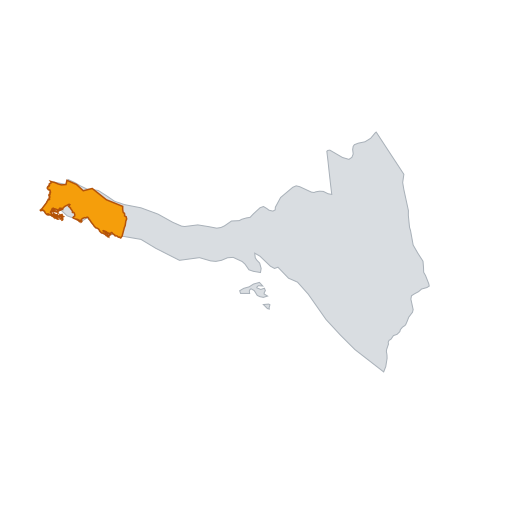 Debub Deb.Keih Bahri, Debubawi Keyih Bahri, Eritrea shown in context, rotated 152°
{"feature_id": "51966322B86476524232792", "entity_name": "Debub Deb.Keih Bahri", "entity_type": "district", "adm_level": 2, "iso_a3": "ERI", "parent_name": "Eritrea", "parent_adm1": "Debubawi Keyih Bahri", "projection": "robinson", "projection_center": [42.638, 13.079], "detail": "fine", "context": "in_parent", "style": "filled", "palette": "amber", "viewbox_px": 512, "rotation_deg": 152, "n_neighbors": 0, "source": "geoboundaries", "source_scale": "gbopen_adm2", "svg_char_len": 8421}
<svg xmlns="http://www.w3.org/2000/svg" viewBox="0 0 512 512"><g transform="rotate(152 256 256)"><path d="M91.7,309.0L90.2,292.5L89.2,281.5L88.1,269.8L87.1,258.7L92.0,252.0L94.2,245.5L100.1,224.6L102.4,220.4L107.0,209.2L107.6,206.0L112.1,191.9L111.8,182.5L111.0,173.0L113.4,167.4L115.6,162.9L115.5,159.1L116.5,150.3L117.2,148.1L119.9,147.9L125.3,149.1L129.2,148.2L133.8,148.2L137.4,147.9L139.5,145.2L142.4,134.9L144.3,132.8L145.7,132.2L149.8,130.3L153.3,127.3L156.1,125.1L157.2,124.7L160.1,124.4L163.1,123.2L164.5,121.7L168.3,120.6L172.0,121.2L174.5,119.9L176.1,119.1L178.0,119.1L179.7,117.9L180.4,116.0L181.6,114.9L184.5,112.2L185.8,110.3L186.4,108.3L187.0,106.7L188.3,104.1L193.3,97.5L197.7,93.7L212.6,126.9L218.6,146.5L224.0,167.0L227.8,197.8L231.6,213.4L237.7,221.1L241.9,235.8L245.5,236.3L248.1,240.3L252.6,254.0L255.8,259.1L257.5,254.8L257.3,252.2L256.1,248.0L257.3,242.6L259.8,239.3L265.5,243.7L268.7,247.1L269.5,253.9L270.8,257.6L276.8,265.5L281.9,267.8L288.5,268.4L294.0,270.1L298.4,273.0L306.7,281.1L325.6,288.1L340.8,309.7L349.8,324.7L379.3,347.4L384.4,358.3L387.0,369.0L393.3,368.5L403.9,380.1L407.0,389.0L415.7,392.2L417.2,387.0L421.4,391.3L423.2,397.9L417.6,400.6L411.4,402.9L410.5,402.9L408.5,405.9L405.6,414.3L402.4,416.8L400.7,417.0L391.1,409.1L389.6,408.7L387.5,410.2L386.0,411.8L381.5,405.9L378.3,400.6L373.7,394.3L369.3,391.5L364.5,387.9L359.9,379.7L355.1,370.6L348.1,363.2L334.9,352.5L322.8,338.9L313.6,324.7L307.7,317.3L305.1,315.5L292.8,310.8L284.2,304.3L277.6,299.0L273.5,297.6L269.6,297.4L261.2,298.4L254.2,295.1L251.3,295.1L246.6,294.1L243.0,292.9L238.6,294.4L229.8,296.7L226.2,296.2L224.2,292.9L223.0,290.3L220.0,287.7L217.4,287.7L216.0,290.0L206.8,296.1L191.3,299.4L187.6,299.1L184.9,296.7L177.1,286.4L174.9,284.8L173.1,284.6L169.5,283.4L166.2,281.4L163.2,277.2L160.2,274.8L157.0,283.1L151.3,297.5L148.2,305.2L144.3,315.2L143.1,315.5L141.1,314.8L133.4,302.4L128.6,297.7L125.0,298.1L122.3,300.4L120.7,304.6L118.8,307.1L116.9,308.1L112.7,307.6L106.2,305.7L99.5,306.1L92.6,308.9L91.7,309.0ZM273.8,226.3L275.8,229.4L277.3,229.1L278.4,228.1L279.2,225.9L287.2,230.2L286.7,233.0L282.0,233.2L276.5,232.0L271.4,232.4L265.4,231.1L264.1,226.3L267.9,228.7L269.9,228.1L270.2,227.5L267.5,224.2L263.7,223.6L264.0,221.0L265.7,220.0L266.7,218.7L264.6,215.2L268.9,216.0L271.6,218.2L273.4,220.6L273.8,226.3ZM270.6,204.2L272.3,209.7L267.4,207.6L266.6,206.4L268.7,204.2L269.2,202.9L270.6,204.2Z" fill="#d9dde1" stroke="#a8b0b8" stroke-width="1"/><path d="M399.6,375.8L399.3,375.0L398.1,373.5L397.7,373.0L397.4,372.9L397.2,372.5L396.5,372.2L396.2,371.9L395.4,370.6L395.2,369.7L394.8,370.1L394.5,370.0L394.3,369.6L394.5,368.7L394.6,368.0L393.6,368.2L393.5,368.6L393.6,368.8L393.1,369.4L393.1,370.0L391.9,370.6L389.4,370.4L388.5,369.7L386.9,369.6L386.3,369.1L386.1,368.4L386.2,367.1L385.8,365.9L385.6,362.9L385.0,359.9L384.9,358.3L384.2,356.0L383.4,355.4L382.4,353.8L382.2,352.6L382.4,351.5L382.2,351.3L382.1,350.4L381.6,348.9L380.7,348.2L379.5,346.5L378.8,345.3L378.8,344.6L377.6,344.0L377.0,343.8L376.9,343.3L377.0,343.0L376.6,342.9L376.6,342.5L376.3,342.9L375.1,343.3L375.3,343.8L375.4,343.6L375.9,343.6L376.4,343.3L376.5,343.6L376.1,343.9L376.4,343.8L376.6,343.4L377.2,344.0L378.5,344.6L378.8,345.8L378.1,346.8L377.0,346.2L377.4,347.2L379.0,348.7L378.8,349.5L379.2,349.8L379.1,350.1L378.6,349.9L378.1,349.2L378.1,348.9L377.7,348.8L376.7,347.6L376.9,347.2L376.6,347.0L376.1,346.0L375.8,346.0L375.7,345.5L375.1,344.9L375.1,344.6L374.5,344.3L374.3,343.8L373.3,344.2L373.0,344.7L372.7,344.7L372.3,344.4L372.1,344.1L372.1,343.0L371.8,342.8L371.6,342.1L371.1,341.4L371.1,340.9L370.8,340.5L371.0,340.3L371.0,340.0L370.2,339.4L369.6,339.3L369.2,338.7L368.6,336.8L368.6,337.1L367.6,336.8L367.2,335.5L367.3,335.0L367.0,335.4L364.8,336.5L359.0,342.8L357.2,344.3L354.5,348.0L352.8,349.4L352.2,351.6L353.2,353.1L352.4,354.5L352.1,355.4L352.2,355.8L352.7,356.3L352.7,357.3L351.9,359.6L350.4,362.4L361.7,375.9L368.9,392.5L377.9,394.7L380.9,403.4L387.4,411.6L390.2,408.3L394.4,410.1L396.9,412.5L399.3,415.5L400.7,416.6L402.3,418.3L402.2,417.5L403.1,416.5L403.8,416.8L404.8,416.6L404.9,415.8L405.2,415.8L405.3,415.4L405.6,415.4L405.4,415.1L405.5,415.0L406.9,414.7L407.4,414.9L408.1,414.4L408.1,414.0L408.5,413.7L408.2,412.0L407.7,411.4L407.4,411.5L407.1,411.2L407.0,410.7L407.3,409.4L407.6,409.3L407.6,409.0L407.9,409.0L407.8,408.6L408.2,408.5L408.6,407.4L409.3,407.6L409.6,407.0L410.3,407.1L410.4,406.7L410.0,406.2L410.4,405.9L410.2,405.5L410.6,405.3L410.6,404.6L411.4,404.4L411.5,403.1L412.3,402.9L412.7,403.6L413.0,403.6L413.7,402.8L415.1,402.2L415.5,401.6L423.0,398.1L424.0,398.0L424.2,397.7L423.5,397.8L423.1,397.1L423.3,396.9L423.1,396.9L423.0,396.5L422.6,396.6L422.2,396.1L421.8,394.4L421.8,392.6L421.1,390.6L420.8,390.3L420.8,390.9L420.2,391.0L419.5,390.6L419.4,389.9L418.8,389.5L418.7,389.0L417.5,387.9L417.5,387.6L417.4,387.4L417.5,387.2L416.3,385.8L416.5,385.4L416.1,385.0L416.0,384.9L416.1,385.2L415.6,385.1L415.6,386.2L416.5,386.9L417.2,387.0L417.4,387.4L417.2,387.6L417.5,387.7L416.8,387.4L416.4,387.7L416.9,389.2L416.3,390.0L417.0,390.9L416.5,391.6L415.9,391.7L415.1,392.4L414.4,392.2L414.0,392.6L414.2,393.1L413.5,393.6L412.5,393.3L412.6,392.9L412.9,392.7L413.6,392.7L413.6,392.1L412.6,391.8L412.6,392.2L411.8,392.4L410.8,391.5L410.0,390.4L409.6,390.3L409.5,390.5L409.5,389.0L409.4,388.9L409.3,389.2L408.6,389.1L408.2,389.6L407.5,389.6L407.6,389.8L407.3,390.2L406.7,390.3L406.0,389.8L405.3,388.7L404.9,389.1L404.3,388.5L403.8,388.9L401.9,389.5L400.1,389.6L398.9,389.4L397.5,389.6L397.1,389.3L396.6,389.3L396.2,388.7L398.2,387.7L397.2,385.7L397.5,385.3L397.0,382.3L397.1,381.4L397.6,380.9L397.4,380.4L396.8,380.3L396.3,379.7L396.5,377.8L397.3,376.4L398.7,376.3L399.6,375.8ZM414.5,384.1L412.9,383.2L413.4,384.0L413.1,384.0L412.8,384.6L412.6,384.5L412.5,384.0L412.2,383.5L411.7,383.6L411.7,384.3L412.6,385.8L412.8,385.8L412.7,385.4L413.0,385.2L413.7,385.4L413.9,385.2L414.3,385.8L414.1,386.0L414.7,386.4L414.8,385.1L415.3,385.1L415.2,384.7L415.4,384.5L414.7,384.5L414.5,384.1ZM410.8,378.7L410.5,378.6L409.6,378.8L409.1,379.4L409.2,380.1L410.4,380.7L411.2,380.8L411.1,380.4L410.8,380.5L410.5,380.1L409.9,379.9L409.6,379.3L410.1,378.7L410.7,378.7L411.0,379.0L410.8,378.7ZM414.7,386.7L413.9,386.4L413.6,386.8L414.7,388.4L415.4,388.8L414.5,387.5L414.7,386.7ZM415.2,391.2L414.2,390.0L413.8,390.0L413.9,390.8L414.2,391.2L415.0,391.4L415.2,391.2ZM408.2,388.6L406.9,388.2L406.6,388.6L406.8,388.9L407.7,389.0L408.2,388.6ZM410.1,383.5L409.7,383.4L409.8,383.8L409.6,383.9L409.3,383.8L409.7,384.6L410.2,384.1L410.1,383.5ZM415.7,386.6L415.4,386.6L415.4,386.8L415.9,387.5L416.1,387.0L415.7,386.6ZM408.5,383.5L408.1,383.1L408.0,383.5L407.2,383.6L408.2,383.8L408.5,383.5ZM411.8,389.2L411.7,388.6L411.1,388.4L411.1,388.9L411.6,389.2L411.8,389.2ZM409.7,382.0L409.2,381.7L408.7,382.1L408.8,382.4L408.9,382.2L409.1,382.3L409.7,382.0ZM410.4,388.8L410.5,388.0L409.7,388.4L410.4,388.8ZM411.6,382.2L411.2,382.4L411.0,382.7L411.3,382.8L411.8,382.4L411.6,382.2ZM413.0,389.8L412.4,389.4L412.2,389.8L413.0,389.8ZM374.3,343.8L374.6,343.2L374.4,343.0L374.1,343.2L374.3,343.8ZM424.9,397.7L424.8,397.2L424.3,397.3L424.7,397.7L424.9,397.7ZM414.3,382.3L414.0,381.8L413.7,381.8L413.9,382.1L414.3,382.3ZM377.7,342.4L377.4,342.6L377.9,342.9L377.7,342.4ZM396.9,371.8L396.6,371.4L396.3,371.3L396.8,372.1L396.9,371.8ZM409.8,383.2L409.4,382.6L409.4,383.0L409.1,383.2L409.8,383.2ZM395.8,369.8L395.5,369.5L395.8,369.8L395.8,370.4L395.9,370.5L396.0,370.3L396.1,370.8L396.1,370.4L395.8,369.8ZM415.4,384.3L415.7,383.9L416.1,383.7L415.6,383.9L415.4,384.3ZM413.4,391.4L413.4,390.7L413.2,390.7L413.4,391.4ZM376.4,345.6L377.1,345.3L377.2,344.7L377.0,345.3L376.4,345.6ZM409.4,388.3L409.1,388.3L409.0,388.5L409.4,388.3ZM413.3,386.4L413.0,386.1L412.8,386.0L413.0,386.3L413.3,386.4ZM407.0,382.9L407.2,382.7L407.0,382.9ZM407.8,381.3L408.0,381.1L407.7,381.1L407.8,381.3ZM410.5,387.0L410.7,386.8L410.8,386.6L410.5,386.8L410.5,387.0ZM407.0,381.4L407.1,380.8L407.0,381.4ZM413.5,381.8L413.6,381.6L413.4,381.5L413.5,381.8ZM408.0,383.1L408.0,382.8L407.8,382.5L407.9,382.9L408.0,383.1ZM406.3,388.6L406.1,388.5L406.3,388.8L406.3,388.6ZM411.7,391.5L411.4,391.3L411.7,391.5ZM397.6,372.9L397.4,372.6L397.4,372.8L397.6,372.9ZM395.5,369.5L395.3,369.2L395.2,369.2L395.4,369.4L395.5,369.5ZM412.8,390.3L412.6,390.2L412.4,390.2L412.6,390.3L412.8,390.3ZM411.2,391.1L411.1,390.9L411.2,391.1ZM416.5,383.7L416.2,383.6L416.5,383.7Z" fill="#f59e0b" stroke="#b45309" stroke-width="1.5"/></g></svg>